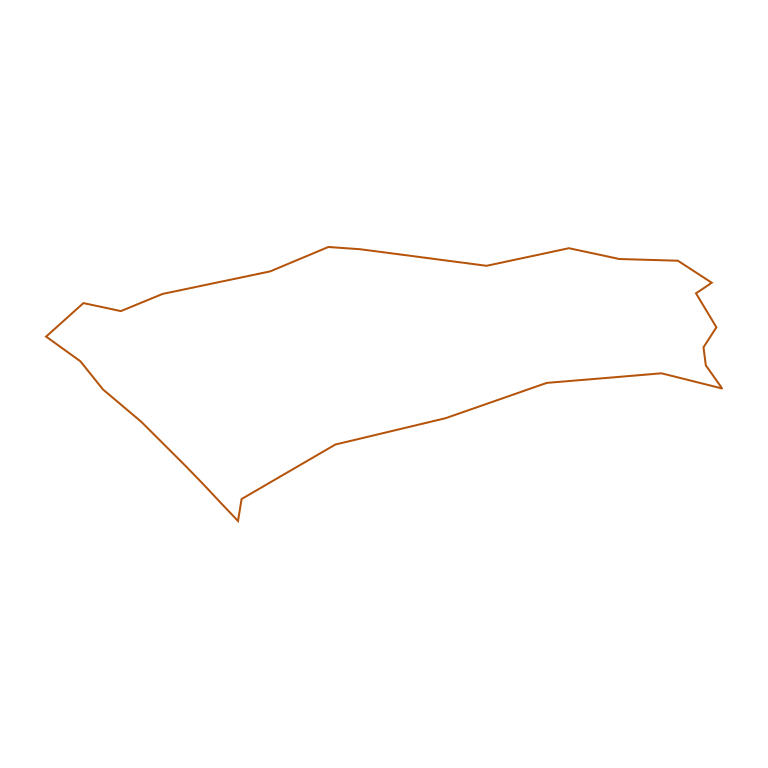 Argalant, Töv, Mongolia (Natural Earth projection)
{"feature_id": "93677404B1457855182850", "entity_name": "Argalant", "entity_type": "district", "adm_level": 2, "iso_a3": "MNG", "parent_name": "Mongolia", "parent_adm1": "Töv", "projection": "natural_earth1", "projection_center": [106.17, 47.852], "detail": "fine", "context": "isolated", "style": "outline", "palette": "amber", "viewbox_px": 768, "rotation_deg": 0, "n_neighbors": 0, "source": "geoboundaries", "source_scale": "gbopen_adm2", "svg_char_len": 568}
<svg xmlns="http://www.w3.org/2000/svg" viewBox="0 0 768 768"><path d="M721.8,388.4L721.9,388.2L721.6,387.7L705.8,365.3L703.5,347.3L716.4,327.3L696.0,293.3L709.9,284.0L710.6,283.4L711.7,282.7L678.0,260.8L677.7,260.6L677.1,260.7L619.2,259.0L568.9,248.2L486.5,265.8L359.8,249.2L328.3,247.0L270.1,271.4L162.6,293.9L120.8,311.1L83.4,303.1L46.1,336.6L80.4,361.3L103.0,389.5L103.6,390.0L141.3,421.8L186.6,467.0L204.2,485.2L221.0,503.1L238.0,521.0L241.6,499.0L335.4,444.5L445.5,418.2L546.7,382.9L661.4,373.3L721.8,388.4Z" fill="none" stroke="#b45309" stroke-width="2"/></svg>